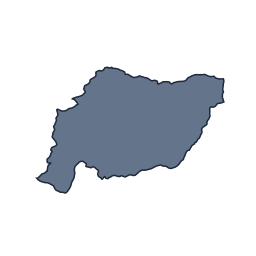 outline of Muong Ang, Điện Biên, Vietnam, rotated 119°
{"feature_id": "81297802B95485897365368", "entity_name": "Muong Ang", "entity_type": "district", "adm_level": 2, "iso_a3": "VNM", "parent_name": "Vietnam", "parent_adm1": "Điện Biên", "projection": "mercator", "projection_center": [103.259, 21.517], "detail": "fine", "context": "isolated", "style": "filled", "palette": "slate", "viewbox_px": 256, "rotation_deg": 119, "n_neighbors": 0, "source": "geoboundaries", "source_scale": "gbopen_adm2", "svg_char_len": 5808}
<svg xmlns="http://www.w3.org/2000/svg" viewBox="0 0 256 256"><g transform="rotate(119 128 128)"><path d="M86.5,177.4L88.2,177.5L89.3,177.7L89.7,177.9L90.7,178.6L91.1,179.0L91.3,180.4L92.0,181.3L92.7,181.9L94.3,183.0L94.8,183.1L96.8,181.9L97.8,181.5L98.4,181.4L98.7,181.4L101.8,183.1L103.0,183.9L103.9,184.3L104.3,184.4L104.5,184.4L106.0,183.7L107.9,183.8L109.2,184.4L111.5,186.1L112.0,186.3L113.0,186.2L114.1,185.8L115.0,185.8L115.3,185.6L115.8,185.1L116.0,184.8L116.0,184.1L116.4,183.9L116.5,183.8L117.1,183.1L117.3,182.8L117.5,182.7L118.1,182.7L118.8,183.1L120.6,183.5L121.3,183.7L122.1,184.3L123.6,185.5L124.9,186.8L125.9,188.0L129.2,190.9L129.4,190.9L129.5,190.9L129.2,189.0L129.3,188.1L130.1,185.9L130.7,184.5L131.2,183.6L131.6,183.2L133.3,184.6L133.9,184.7L134.9,185.0L135.9,185.5L137.2,186.4L138.2,187.3L139.3,188.7L139.9,189.2L140.5,189.5L141.5,190.0L142.4,190.3L142.8,190.6L143.6,191.6L144.6,192.8L145.2,193.9L145.5,196.5L145.6,198.2L145.7,198.7L146.3,199.1L146.6,199.2L147.8,198.1L148.6,197.2L149.7,196.3L150.7,195.6L151.3,195.5L154.3,195.8L154.5,195.6L154.8,195.3L155.8,194.5L156.2,194.3L157.8,194.0L158.9,194.0L160.1,193.6L160.5,193.6L162.0,193.8L162.6,193.8L162.8,193.7L163.0,193.6L163.7,192.9L164.3,192.0L164.9,191.4L165.2,191.3L168.4,191.2L169.0,191.3L169.4,190.9L169.7,190.7L172.1,190.2L172.6,189.8L173.0,189.4L173.8,187.2L175.0,184.4L176.4,182.8L177.1,182.3L177.7,182.3L178.7,182.6L180.4,183.9L181.3,184.7L182.2,185.2L183.7,185.1L184.4,185.0L184.6,184.9L184.9,184.5L185.2,183.1L185.3,183.0L185.6,182.9L188.0,183.1L189.0,182.7L189.9,182.6L190.9,182.6L191.9,182.7L194.0,183.5L194.7,183.6L196.7,182.4L197.3,181.6L197.2,180.9L197.0,180.1L196.8,179.6L196.1,178.7L196.5,178.5L197.1,178.8L198.7,179.5L199.4,179.6L200.7,179.4L202.7,178.7L204.0,178.1L204.7,177.8L204.7,178.0L204.9,178.2L205.5,178.2L206.2,178.5L207.0,178.8L208.0,179.2L208.8,179.8L209.3,180.4L209.7,181.0L210.7,181.1L211.6,181.5L212.4,181.6L215.0,182.5L215.9,182.9L216.1,183.0L216.2,183.3L216.8,181.8L216.9,181.3L217.0,180.7L217.0,178.9L216.8,177.3L216.2,174.9L215.9,173.7L215.1,172.2L214.7,170.6L214.7,169.2L214.6,166.0L214.7,165.2L214.8,164.9L216.5,162.7L217.2,161.1L217.3,160.7L217.3,160.0L217.0,158.8L217.0,157.8L217.0,156.0L216.8,155.6L216.0,154.2L215.6,152.9L215.4,151.7L215.3,151.4L214.7,150.8L212.7,150.2L211.1,150.0L209.4,149.9L208.0,149.9L206.6,150.0L204.6,150.4L203.8,150.7L203.1,150.9L201.4,150.9L198.4,151.0L197.6,151.1L196.1,151.7L194.8,152.1L193.9,152.4L192.5,153.1L191.3,154.2L190.3,154.8L189.2,155.2L187.7,155.6L186.3,155.5L185.2,155.2L183.9,154.7L182.5,154.4L181.6,154.1L180.0,153.0L179.7,152.6L179.4,152.1L179.1,150.9L179.1,150.2L179.3,148.8L179.4,147.5L179.5,147.1L180.0,146.8L181.6,146.4L181.9,146.3L182.0,146.1L181.8,145.0L181.3,143.5L180.8,141.2L180.4,140.8L180.1,140.6L179.4,140.3L179.1,140.0L178.8,139.7L178.7,139.2L178.7,137.6L179.3,135.1L179.5,133.4L179.7,133.1L180.0,132.9L182.0,132.5L183.0,132.1L184.3,131.0L184.5,130.4L184.7,129.6L184.7,127.8L184.8,127.4L185.2,126.7L185.4,126.4L185.4,125.9L184.9,125.6L182.6,125.2L182.0,124.9L181.8,124.8L182.0,124.2L182.5,123.6L182.6,123.2L182.6,122.6L182.2,121.3L182.0,121.1L181.7,120.8L181.4,120.7L180.5,120.6L180.2,120.5L179.4,119.6L179.1,119.3L177.6,118.7L176.3,117.3L175.9,116.7L175.2,113.2L174.6,112.0L174.4,111.7L174.0,111.3L173.4,111.1L172.9,110.6L172.8,110.3L172.7,109.3L172.2,106.7L168.3,104.0L167.8,103.2L167.3,101.7L167.0,100.4L166.8,100.0L166.3,99.3L165.8,98.8L164.8,98.4L160.6,96.9L158.6,95.8L158.0,95.2L156.9,93.0L156.0,92.0L155.5,91.2L155.1,90.7L154.4,90.2L154.0,89.9L153.5,89.0L152.1,87.8L147.4,84.7L144.5,81.4L144.4,80.9L144.4,79.5L144.3,78.9L143.2,76.5L143.0,75.9L143.0,75.4L143.2,74.3L143.2,72.9L143.1,72.2L142.6,71.0L142.2,70.4L139.4,67.8L137.9,66.9L135.2,65.9L133.9,65.7L133.3,65.8L132.6,65.7L130.8,65.4L129.1,64.4L128.1,64.4L126.9,64.8L125.7,64.7L121.7,65.3L120.5,65.3L119.2,65.1L118.4,64.6L118.0,64.0L117.8,63.7L117.5,63.6L117.0,63.6L115.6,63.7L114.0,63.5L112.6,63.6L110.6,62.8L109.9,62.2L109.3,62.1L108.3,62.4L108.0,62.3L107.7,61.9L107.2,61.5L106.8,61.4L104.1,61.4L103.3,61.3L102.8,60.9L102.2,60.7L98.1,61.1L97.0,61.0L96.0,61.3L95.1,61.6L93.8,62.9L92.6,63.1L91.3,62.9L90.7,62.7L87.6,61.1L87.0,60.9L86.5,60.8L86.0,61.0L84.7,61.7L83.8,62.0L82.9,62.1L82.0,61.8L80.7,61.7L78.1,62.0L77.8,62.1L75.3,63.8L73.7,64.5L71.5,66.0L70.5,66.0L69.5,65.7L69.1,65.4L68.9,64.9L68.8,64.1L68.5,63.7L67.6,62.8L67.1,62.4L66.6,62.2L64.4,61.7L63.7,61.7L63.0,61.3L61.1,58.8L58.7,56.8L58.3,57.3L57.5,58.1L56.5,59.0L55.9,59.9L55.6,60.3L54.0,61.0L52.4,61.9L52.0,62.0L50.5,61.9L49.6,62.5L48.8,63.5L48.1,64.0L44.5,65.4L43.1,66.1L41.8,66.4L40.7,66.8L39.8,67.4L38.8,68.3L38.7,68.5L39.6,69.7L41.1,72.6L41.4,73.7L41.7,75.3L41.7,75.6L41.5,76.7L41.1,77.8L41.1,78.0L42.6,79.9L43.4,81.9L43.6,82.6L43.7,83.2L43.7,84.1L43.9,86.8L45.3,88.7L46.0,90.2L46.6,91.0L48.1,94.0L49.2,95.5L50.2,96.3L51.5,97.5L53.3,98.5L54.0,99.2L54.8,99.8L58.1,100.5L58.6,100.7L59.0,100.9L60.0,101.8L63.1,106.7L65.0,108.7L65.4,109.3L66.3,110.1L66.8,110.4L67.8,110.8L68.2,111.1L68.3,111.3L68.4,111.5L68.4,111.9L68.1,113.1L67.8,113.9L67.9,114.9L68.5,116.0L68.9,117.0L69.4,117.5L69.6,117.8L70.3,119.4L70.5,119.6L70.9,120.0L72.4,120.8L74.7,122.8L75.0,123.1L75.0,123.3L74.9,123.6L73.4,124.5L73.0,124.9L72.9,125.2L73.0,126.6L73.4,127.8L74.1,128.8L74.9,129.6L75.1,130.0L75.3,130.6L75.1,133.1L75.0,135.4L75.2,136.2L76.0,138.5L76.0,139.2L76.6,141.6L76.9,143.3L77.2,143.7L78.3,144.0L78.6,144.4L80.3,146.4L81.1,147.7L81.3,149.2L81.1,150.3L81.3,151.3L81.1,154.1L82.2,156.3L82.2,156.6L80.8,158.0L80.6,158.4L80.7,160.8L81.2,163.0L81.1,164.1L81.2,165.2L81.5,166.3L82.2,168.3L82.7,169.4L83.4,170.5L83.3,170.9L82.9,171.2L82.8,171.4L82.8,171.6L83.1,172.0L83.8,172.4L84.3,172.8L84.4,173.6L85.0,174.5L84.9,174.7L84.7,174.9L84.7,175.1L85.6,176.4L86.4,177.1L86.5,177.4Z" fill="#64748b" stroke="#1e293b" stroke-width="1.5"/></g></svg>